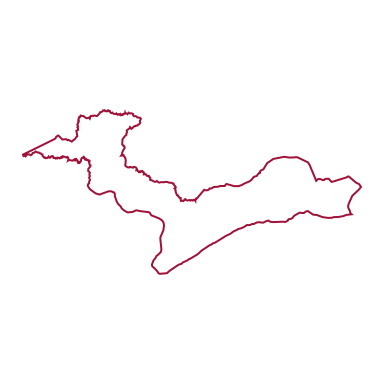 Iracema, Roraima, Brazil
{"feature_id": "56859067B8516238503433", "entity_name": "Iracema", "entity_type": "district", "adm_level": 2, "iso_a3": "BRA", "parent_name": "Brazil", "parent_adm1": "Roraima", "projection": "robinson", "projection_center": [-62.78, 2.175], "detail": "fine", "context": "isolated", "style": "outline", "palette": "rose", "viewbox_px": 384, "rotation_deg": 0, "n_neighbors": 0, "source": "geoboundaries", "source_scale": "gbopen_adm2", "svg_char_len": 5966}
<svg xmlns="http://www.w3.org/2000/svg" viewBox="0 0 384 384"><path d="M159.7,273.8L167.0,273.2L169.6,270.8L178.0,265.1L179.6,264.3L181.4,263.9L182.9,262.4L187.4,260.4L188.8,259.2L190.1,258.8L197.6,254.3L202.0,250.3L210.1,244.9L211.6,244.5L212.7,243.4L215.0,242.7L226.2,235.7L230.2,233.9L233.7,231.3L236.8,230.0L238.0,229.1L240.8,228.4L244.0,227.0L246.8,225.1L250.0,225.0L252.4,223.9L253.6,224.1L256.7,222.5L258.9,222.2L263.0,222.7L266.6,221.0L268.6,220.6L270.0,221.7L273.1,222.1L282.7,221.7L285.2,222.0L287.9,220.6L288.3,219.4L288.8,219.1L290.5,219.0L292.2,218.2L294.4,215.6L299.3,212.8L300.5,212.6L301.6,213.0L303.9,213.0L305.7,211.6L307.7,211.0L313.1,214.6L316.9,215.0L322.5,217.1L328.1,217.9L331.7,217.8L333.9,217.1L338.1,217.0L343.0,216.2L346.4,214.9L351.6,214.3L350.4,213.2L349.9,211.0L348.3,207.8L348.1,206.3L348.7,203.7L352.3,195.8L358.9,189.6L361.0,186.9L359.2,184.2L356.0,182.6L348.9,176.6L348.3,176.4L345.9,177.6L331.9,181.9L331.3,181.7L328.7,178.8L325.8,178.8L324.9,179.1L324.3,179.9L323.1,180.2L319.9,178.9L318.2,179.2L317.5,179.4L316.2,180.8L309.7,165.1L308.0,162.4L297.2,157.2L289.4,157.6L284.3,156.8L273.4,158.9L267.2,163.1L263.3,169.4L261.1,170.3L260.4,171.0L260.0,171.8L260.1,172.9L259.7,173.2L258.9,173.1L256.6,176.0L253.8,176.9L251.4,179.9L249.8,181.2L243.8,183.8L241.9,185.0L238.7,186.1L234.0,186.1L226.6,184.0L225.7,184.5L225.0,185.8L224.6,186.0L220.0,186.0L218.3,186.7L213.8,187.0L211.4,188.5L209.6,188.4L208.8,189.6L207.8,190.2L204.9,190.3L204.2,189.8L196.4,199.0L196.1,198.6L195.3,199.5L195.3,200.7L194.9,200.1L193.9,200.3L193.6,199.9L192.6,200.5L191.8,200.0L190.4,200.6L189.8,200.0L187.4,200.5L185.9,199.9L185.4,199.1L184.5,199.5L184.2,200.3L183.4,201.1L182.6,200.7L181.1,201.0L181.1,200.4L180.7,200.2L180.6,199.8L180.7,198.0L179.3,197.7L178.8,196.5L178.0,196.1L177.7,195.1L176.9,195.0L176.7,194.5L175.6,191.6L175.7,190.7L175.3,190.1L175.4,188.7L174.7,188.4L175.6,187.5L175.3,187.0L175.6,186.9L175.5,186.5L174.2,185.2L173.5,183.5L172.8,183.7L171.5,182.7L169.6,182.8L167.4,182.0L164.7,181.9L163.7,182.3L161.3,182.1L159.3,182.6L158.0,182.1L157.0,181.0L155.2,181.9L154.2,181.6L151.6,180.2L150.3,180.1L150.1,179.3L150.4,178.3L150.2,177.6L149.4,177.2L148.9,175.9L148.4,175.8L148.3,176.2L146.9,175.8L145.6,174.1L143.8,174.4L143.9,172.5L142.7,172.0L142.6,171.1L142.3,170.9L141.0,171.2L140.5,172.1L139.0,172.2L139.1,171.3L137.8,171.1L137.3,170.7L137.3,170.0L136.9,169.6L136.5,169.8L136.8,168.7L135.7,167.3L133.8,166.9L133.0,167.7L130.2,166.9L129.7,167.0L129.5,167.4L127.8,167.4L125.6,166.1L125.2,164.8L125.6,163.7L125.5,162.4L125.8,160.7L125.3,158.0L124.9,157.7L124.6,156.7L123.7,156.1L123.5,155.1L121.2,155.6L122.2,153.9L122.1,153.1L123.0,150.6L124.7,147.9L124.5,146.7L123.5,146.0L123.6,145.5L122.6,145.0L122.2,144.2L122.5,139.3L125.0,136.0L126.4,134.9L126.4,133.3L127.0,132.5L126.7,130.6L127.1,130.1L129.7,128.2L130.0,127.1L130.4,127.4L130.3,128.2L131.5,128.9L134.1,126.4L135.0,126.0L135.4,126.2L136.2,125.5L137.5,125.5L138.2,124.5L139.0,124.4L140.3,122.8L139.8,121.2L140.9,118.7L140.0,117.7L137.3,117.5L136.7,116.7L135.7,116.1L134.9,116.3L133.7,116.0L133.0,114.9L133.1,114.0L131.3,113.2L130.2,113.5L129.3,113.3L128.6,112.7L127.4,114.2L126.4,113.4L125.4,113.5L125.1,112.7L124.9,113.5L124.0,114.0L123.7,113.8L123.0,114.0L122.8,114.9L122.0,115.2L121.2,114.6L120.9,114.9L120.7,114.4L120.4,114.9L119.8,114.8L120.1,114.3L119.1,114.0L117.6,114.7L116.8,113.8L116.7,114.2L116.3,114.2L116.0,113.7L114.2,114.0L112.6,113.1L112.4,112.7L111.7,113.1L111.0,113.0L110.2,112.1L110.1,111.2L108.7,110.5L108.6,110.9L108.2,110.6L108.1,111.0L107.2,111.0L106.9,111.4L105.4,111.2L105.3,110.6L104.3,110.2L104.0,110.6L103.0,110.5L102.9,111.0L101.1,112.2L100.5,112.1L100.5,112.5L99.8,112.8L99.1,113.9L97.0,116.1L94.4,115.5L93.2,116.0L92.9,115.7L90.6,116.1L90.2,116.5L90.2,117.6L89.8,118.7L88.9,117.6L87.0,118.3L85.6,117.8L83.3,115.9L81.9,116.0L80.7,115.5L79.9,117.1L79.4,116.9L78.8,117.5L78.9,118.6L78.2,120.0L78.9,120.9L78.8,121.5L78.1,122.0L78.3,122.9L77.8,123.2L77.7,124.1L77.3,124.8L78.1,126.2L77.4,127.2L78.1,128.1L78.1,129.8L77.6,129.8L76.8,130.8L76.4,130.9L77.3,136.3L76.1,137.3L74.8,139.3L73.7,139.8L71.8,141.6L68.3,139.8L67.5,140.2L66.3,139.2L62.3,139.5L58.4,135.5L57.9,135.5L56.1,137.0L55.4,138.5L53.3,139.7L23.0,154.6L23.5,156.0L24.4,155.5L24.7,155.8L25.2,155.6L25.6,156.3L26.6,155.3L26.7,154.5L27.3,154.2L29.7,154.6L30.5,155.2L31.6,154.8L32.8,153.0L34.5,152.5L35.7,151.5L37.4,152.5L38.7,152.4L39.6,153.2L40.9,153.4L41.4,154.3L42.5,154.5L42.8,156.3L43.7,156.9L43.8,157.4L45.1,158.0L45.3,157.6L46.7,158.2L47.9,157.7L48.5,156.6L49.0,157.3L49.9,157.8L50.6,157.4L50.7,156.7L51.5,156.2L52.9,156.2L53.2,157.6L54.0,158.1L54.8,157.8L55.1,158.1L55.8,158.0L56.0,158.4L56.6,157.9L57.3,158.4L58.0,157.6L59.5,158.3L59.8,157.8L61.2,157.1L61.0,158.0L61.5,157.9L61.8,157.4L62.7,157.3L62.8,156.3L65.3,157.0L66.3,157.6L67.1,157.6L67.4,157.0L68.2,157.6L68.4,159.7L68.1,160.6L69.2,159.9L72.2,160.7L74.0,159.7L74.1,160.2L74.5,160.1L74.9,159.0L75.7,158.9L75.7,160.1L76.6,159.5L77.2,160.5L77.6,160.6L77.5,161.8L78.3,163.2L79.4,163.0L79.4,161.9L79.8,161.8L80.1,162.2L80.9,161.3L81.1,159.5L81.7,158.1L82.6,157.6L83.0,157.8L83.7,156.8L84.1,157.1L84.5,158.5L84.9,158.4L85.1,159.6L86.8,160.1L86.9,159.6L87.5,160.2L88.6,160.2L88.9,161.7L89.5,161.4L89.3,163.5L89.6,164.8L90.5,165.2L90.4,166.2L88.3,168.9L88.2,171.0L89.9,172.6L89.3,174.6L89.9,176.1L89.1,177.5L90.0,180.1L89.6,180.5L89.1,181.9L89.1,183.4L88.4,183.8L87.7,185.3L88.4,187.0L90.0,189.3L95.5,193.3L99.4,194.6L108.6,191.3L111.8,191.4L112.6,192.1L113.9,192.3L114.9,193.8L114.8,196.1L116.9,202.0L118.3,204.2L120.7,206.4L121.7,208.4L124.3,210.6L127.6,212.4L132.5,212.0L136.1,210.3L140.7,211.2L148.4,212.1L149.5,212.5L151.3,215.3L159.1,218.4L162.2,220.5L163.5,222.6L164.0,225.4L163.4,230.2L160.4,237.3L160.4,239.6L161.4,249.4L161.2,250.7L160.7,252.2L157.6,255.2L156.5,255.9L155.6,257.8L153.5,260.4L152.0,264.4L152.0,265.5L152.5,266.6L154.7,268.4L157.5,271.5L158.3,273.0L159.7,273.8Z" fill="none" stroke="#9f1239" stroke-width="2"/></svg>